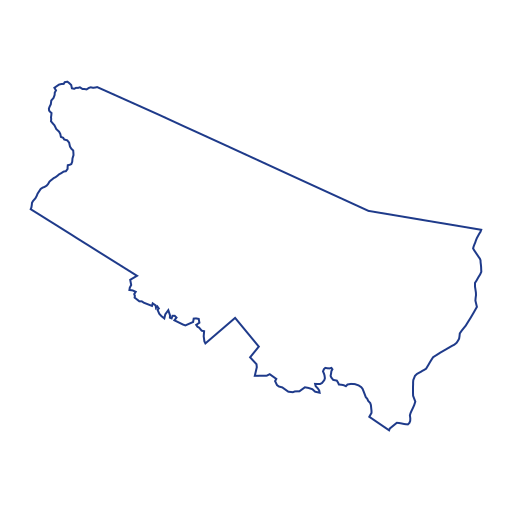 Porto Acre, Acre, Brazil (Mercator projection)
{"feature_id": "56859067B95321771565302", "entity_name": "Porto Acre", "entity_type": "district", "adm_level": 2, "iso_a3": "BRA", "parent_name": "Brazil", "parent_adm1": "Acre", "projection": "mercator", "projection_center": [-67.713, -9.636], "detail": "fine", "context": "isolated", "style": "outline", "palette": "blue", "viewbox_px": 512, "rotation_deg": 0, "n_neighbors": 0, "source": "geoboundaries", "source_scale": "gbopen_adm2", "svg_char_len": 3636}
<svg xmlns="http://www.w3.org/2000/svg" viewBox="0 0 512 512"><path d="M204.1,331.2L203.7,336.3L204.4,341.4L205.4,343.4L235.1,317.9L258.8,346.6L250.1,357.3L256.5,364.2L256.8,367.2L254.8,375.8L266.7,375.7L269.7,374.2L276.3,378.9L275.1,381.1L277.0,385.1L278.9,386.5L282.3,387.4L288.3,391.7L292.8,392.2L295.0,391.4L299.4,391.3L304.9,387.3L308.3,387.9L312.4,389.2L315.1,391.7L319.6,392.7L319.2,390.5L317.8,388.4L315.7,386.2L315.1,383.9L317.4,384.0L320.1,384.0L322.0,383.0L324.3,380.1L324.9,378.2L324.5,375.4L324.0,373.7L323.0,371.4L323.9,369.2L325.3,367.9L327.7,368.3L329.7,368.4L331.4,367.9L332.4,369.3L331.4,371.1L331.0,373.9L330.6,375.9L331.3,377.5L333.2,379.9L336.8,380.6L338.0,382.5L338.9,384.5L341.8,384.8L343.7,385.2L345.9,386.2L347.5,384.5L351.0,383.9L354.8,384.1L358.6,385.4L361.3,387.2L362.6,388.9L363.6,391.4L364.8,394.5L365.8,397.2L367.2,398.7L368.2,400.9L370.2,403.0L370.9,405.1L371.2,408.1L371.5,410.9L371.5,412.9L369.3,416.8L389.1,430.3L389.8,428.5L396.8,422.8L399.0,423.0L401.3,423.4L403.6,423.9L405.4,424.2L407.9,424.4L409.4,422.9L410.2,420.9L410.3,418.4L409.9,415.3L410.5,413.2L411.5,410.9L412.8,408.2L414.2,405.1L415.3,401.6L414.2,398.7L413.1,395.8L413.0,392.9L413.0,390.4L413.0,388.6L413.0,386.8L413.1,384.3L413.1,382.2L413.3,380.0L414.0,378.3L415.0,375.8L417.0,373.9L419.0,372.8L420.9,371.8L422.4,370.8L424.0,370.0L426.1,368.7L427.3,366.7L428.4,364.9L429.3,363.3L430.3,361.6L431.6,359.5L433.1,357.2L440.5,352.5L452.1,345.8L454.3,344.7L456.6,342.8L458.1,340.5L459.1,338.7L459.5,336.3L459.8,333.4L461.8,330.5L463.9,327.9L465.7,325.7L468.6,321.0L470.5,318.0L473.5,312.9L476.9,306.9L475.4,300.6L475.6,298.1L476.0,295.1L475.9,292.6L475.4,289.2L475.0,286.7L475.0,282.9L476.5,280.6L477.5,278.8L478.7,276.7L480.1,274.5L481.3,271.8L481.2,269.6L481.1,267.0L480.9,264.8L480.6,262.4L480.5,260.3L479.9,258.7L478.7,257.0L477.5,255.2L476.2,253.3L475.2,251.8L474.1,250.2L473.1,248.4L473.6,246.6L474.3,244.7L475.2,242.6L476.0,240.2L476.9,238.0L479.2,233.8L480.5,231.8L481.2,229.8L427.5,220.8L368.5,210.9L289.5,174.7L222.1,143.7L197.8,132.6L183.7,126.2L158.8,114.7L153.9,112.5L97.2,87.1L95.4,87.5L93.1,87.8L90.7,87.3L88.9,87.9L86.6,89.4L84.3,89.0L82.5,89.0L79.9,87.3L78.0,87.9L75.9,87.9L74.2,88.8L71.9,88.3L71.2,85.0L69.1,83.0L67.4,81.7L64.7,82.2L63.7,83.9L61.4,84.0L59.0,84.6L56.4,86.4L54.4,87.8L56.0,90.4L54.8,92.5L54.6,95.0L53.5,98.0L51.3,100.5L50.8,104.3L49.6,106.7L48.9,108.6L49.1,110.6L50.2,111.9L51.5,113.0L51.3,115.3L51.0,117.3L51.2,119.0L51.0,121.3L53.1,123.8L54.4,125.2L55.2,126.8L56.3,129.1L59.1,131.7L60.3,134.0L60.9,136.9L63.2,137.8L64.2,139.5L67.2,140.3L69.1,142.6L70.0,146.6L71.4,148.8L73.2,150.5L73.4,152.9L73.5,155.1L72.5,158.4L72.2,161.8L71.3,164.1L69.7,164.8L67.8,165.2L67.6,167.1L67.6,168.9L65.9,171.2L63.6,171.6L61.2,173.2L59.1,174.3L57.4,175.8L55.5,177.2L53.7,178.1L52.0,179.5L50.7,180.5L49.4,181.7L48.1,184.0L46.6,185.7L44.4,187.0L42.7,187.6L40.7,188.9L39.0,191.5L37.6,193.6L36.7,195.9L35.4,198.3L33.1,200.9L32.0,202.8L31.8,204.9L31.4,207.4L30.7,209.2L71.8,234.9L76.3,237.8L84.6,243.0L87.7,244.9L99.1,252.1L105.2,255.9L137.0,275.8L130.2,279.8L131.2,285.0L129.8,287.6L129.4,290.0L132.6,290.4L135.7,291.8L134.2,294.1L134.9,295.9L134.6,297.6L139.3,301.3L141.7,301.3L143.8,302.7L152.0,305.9L152.7,303.4L155.6,305.4L156.0,307.9L157.3,306.4L158.8,308.5L157.5,309.7L159.3,313.8L161.5,316.2L164.3,318.4L165.3,314.3L168.3,310.2L169.1,312.7L170.0,315.3L169.9,317.7L171.6,318.4L172.5,315.8L174.7,315.8L176.5,317.6L174.4,320.3L183.1,324.6L185.4,325.4L193.1,322.0L193.7,318.6L196.0,318.4L198.7,318.9L199.4,322.7L196.2,324.9L197.5,326.8L199.1,327.6L201.7,330.7L204.1,331.2Z" fill="none" stroke="#1e3a8a" stroke-width="2"/></svg>